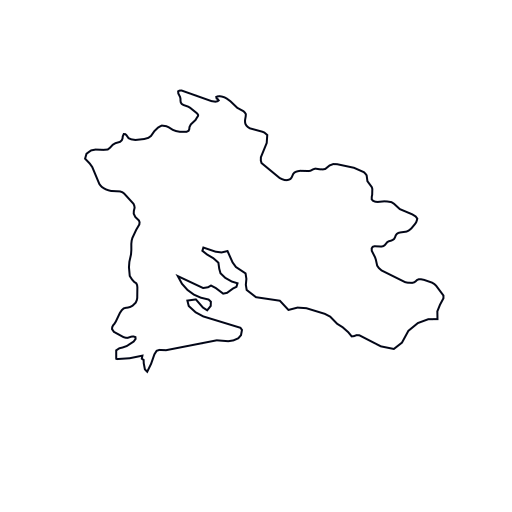 an SVG outline of Sligo, rotated 197°
{"feature_id": "IRL-728", "entity_name": "Sligo", "entity_type": "County", "adm_level": 1, "iso_a3": "IRL", "parent_name": "Ireland", "parent_adm1": "", "projection": "robinson", "projection_center": [-8.586, 54.193], "detail": "fine", "context": "isolated", "style": "outline", "palette": "ink", "viewbox_px": 512, "rotation_deg": 197, "n_neighbors": 0, "source": "natural_earth", "source_scale": "10m", "svg_char_len": 4056}
<svg xmlns="http://www.w3.org/2000/svg" viewBox="0 0 512 512"><g transform="rotate(197 256 256)"><path d="M64.4,270.3L65.8,263.2L66.4,256.1L64.0,248.7L72.8,245.9L81.6,239.2L88.4,229.0L91.1,215.8L97.0,207.4L110.2,206.1L134.0,210.4L136.7,209.7L138.9,208.0L141.0,207.1L145.5,210.1L152.3,213.2L158.6,214.9L167.3,219.7L173.3,220.8L192.6,220.8L201.2,218.8L209.2,213.9L220.1,220.2L244.0,216.6L255.0,220.8L257.3,225.5L258.5,231.3L260.9,236.3L272.0,239.6L276.5,243.0L284.7,252.4L290.0,249.3L296.0,248.3L308.8,248.7L308.8,245.3L303.2,243.1L296.1,241.4L290.0,238.6L287.4,233.0L284.9,229.1L279.0,226.1L271.8,224.5L265.7,224.5L265.7,220.8L268.4,218.3L272.9,212.3L276.4,210.4L285.1,213.6L290.4,214.6L292.7,212.1L297.2,209.9L324.9,213.9L318.7,207.8L311.6,203.5L304.1,200.9L296.6,200.0L288.6,200.5L285.8,199.1L284.7,195.0L286.8,189.8L291.7,191.2L300.8,196.9L308.6,193.3L305.7,188.5L297.3,184.5L288.8,182.8L249.9,182.8L247.8,181.2L247.2,175.9L248.9,172.1L252.9,168.7L257.6,166.4L268.9,163.9L314.5,139.6L321.0,137.9L323.3,136.3L324.4,132.3L324.8,122.2L326.2,113.5L329.1,115.1L332.0,120.6L333.1,123.8L334.7,124.2L335.2,124.4L335.5,127.5L346.9,121.3L358.5,116.9L359.5,116.8L359.8,117.4L362.1,124.9L359.7,127.8L356.8,129.5L353.3,132.1L348.0,138.4L346.9,141.5L347.6,143.2L349.8,143.2L351.7,142.4L354.8,140.2L356.8,139.7L359.1,139.7L369.7,141.9L372.3,144.0L372.7,146.0L372.4,147.9L371.6,149.7L370.9,152.3L369.5,161.8L368.5,165.0L367.2,167.2L365.5,168.3L363.5,169.2L361.4,170.5L359.5,172.4L357.4,176.2L357.1,178.9L357.3,181.1L360.3,191.4L361.2,193.4L362.5,194.9L364.9,195.6L367.7,197.3L370.9,200.0L374.2,208.1L375.4,213.4L376.0,221.0L377.0,225.4L378.8,231.2L379.4,234.4L379.5,237.1L378.2,246.1L376.8,252.0L377.2,254.2L378.3,255.7L382.8,258.0L385.3,260.7L386.0,263.4L386.2,266.7L387.1,268.5L388.4,270.1L400.4,277.2L402.4,277.9L404.9,278.0L413.7,275.8L416.2,275.7L418.9,275.8L421.4,276.3L423.7,277.0L425.4,278.0L426.9,279.1L438.6,293.2L442.0,295.8L447.9,299.1L448.0,304.2L446.1,306.8L444.5,308.8L440.5,310.9L432.9,312.9L428.9,314.5L427.3,316.8L425.5,320.5L423.4,322.8L419.4,325.4L418.2,327.4L418.0,329.4L418.4,331.4L418.1,334.0L416.6,334.3L415.3,333.7L412.3,331.4L409.4,331.1L405.2,331.7L397.1,335.2L393.5,337.5L391.5,340.1L389.7,345.7L387.2,350.2L385.4,352.1L384.2,353.2L379.8,353.9L377.2,353.6L372.4,352.3L369.0,352.1L365.2,352.5L358.7,354.5L357.1,356.0L356.9,357.7L357.3,359.9L356.8,362.8L353.6,368.4L353.0,370.9L352.4,372.9L352.5,373.8L353.0,374.4L354.4,375.3L362.4,378.5L364.6,379.0L369.5,379.2L371.5,379.7L372.8,380.8L373.6,382.4L374.2,384.3L375.1,385.9L377.8,388.7L378.6,390.7L377.5,391.8L375.6,392.5L343.9,391.1L339.9,391.7L338.0,392.8L337.2,393.9L338.4,394.8L339.7,395.1L340.5,396.5L339.4,397.4L337.5,398.2L335.1,398.5L332.5,398.5L330.0,398.0L325.7,396.5L317.2,392.2L310.3,390.8L308.6,389.9L307.2,388.7L306.7,386.7L306.2,382.7L305.6,380.8L304.8,379.3L303.3,377.9L301.6,377.0L299.3,376.3L286.2,376.7L284.1,376.5L280.6,375.0L278.8,367.2L280.2,351.9L279.3,348.7L277.9,346.5L256.2,337.5L253.6,337.1L250.9,337.0L248.8,337.5L247.0,338.5L245.6,339.7L244.9,341.5L244.4,345.4L243.6,347.1L242.2,348.4L240.6,349.4L238.6,350.4L230.3,352.7L228.8,353.5L226.7,355.6L224.8,356.9L220.2,357.6L217.3,358.4L215.2,359.5L212.1,364.1L209.0,366.5L205.3,367.5L188.1,369.0L177.3,367.7L175.3,366.6L173.8,365.5L171.3,360.1L165.5,355.8L164.7,354.7L164.3,353.9L162.8,348.5L162.6,346.4L161.9,344.0L160.2,343.0L157.9,342.8L155.6,343.2L149.3,345.8L146.5,346.5L142.2,347.1L139.3,346.3L132.2,342.9L118.7,341.5L114.9,340.5L112.7,338.9L112.6,337.0L112.7,335.0L113.3,333.1L115.5,327.8L117.0,325.5L118.0,324.4L119.3,323.3L124.9,320.7L126.6,319.7L127.8,318.3L128.4,316.6L128.5,314.7L128.9,312.7L130.0,311.3L131.4,310.1L133.2,309.0L134.5,307.7L136.0,304.1L137.1,302.7L138.8,301.7L145.5,300.0L147.1,298.9L147.6,297.1L146.8,294.8L141.8,289.6L140.3,287.5L137.3,282.2L135.0,280.4L131.7,278.9L105.8,274.6L103.3,274.8L98.7,276.0L97.0,277.1L95.9,278.5L95.0,280.1L93.6,281.3L91.4,282.0L88.3,282.3L79.9,282.0L77.2,281.3L75.0,280.2L65.2,273.0L64.4,270.4L64.4,270.3Z" fill="none" stroke="#020617" stroke-width="2"/></g></svg>